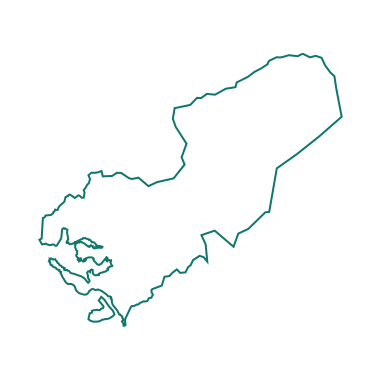 Nordreisa nor, Troms, Norway (orthographic projection), rotated 264°
{"feature_id": "86288312B71509568732439", "entity_name": "Nordreisa nor", "entity_type": "district", "adm_level": 2, "iso_a3": "NOR", "parent_name": "Norway", "parent_adm1": "Troms", "projection": "orthographic", "projection_center": [21.218, 69.528], "detail": "fine", "context": "isolated", "style": "outline", "palette": "teal", "viewbox_px": 384, "rotation_deg": 264, "n_neighbors": 0, "source": "geoboundaries", "source_scale": "gbopen_adm2", "svg_char_len": 5733}
<svg xmlns="http://www.w3.org/2000/svg" viewBox="0 0 384 384"><g transform="rotate(264 192 192)"><path d="M285.1,206.8L278.8,199.4L277.2,183.5L266.8,180.6L258.5,182.6L240.6,191.6L227.6,185.3L220.1,187.5L207.5,175.2L205.5,158.3L202.4,149.3L211.9,140.2L211.2,133.8L212.4,130.7L218.4,123.5L218.9,119.2L216.3,114.2L216.9,104.9L222.3,104.2L221.4,100.2L221.2,97.7L221.7,94.1L219.5,90.8L215.5,91.9L211.6,90.4L210.2,88.6L206.8,86.1L205.2,84.5L202.7,85.1L197.8,83.8L197.7,82.3L197.9,81.6L199.9,80.0L200.6,78.7L198.6,75.4L198.4,74.6L200.7,72.3L202.3,69.9L201.8,68.9L200.7,68.0L200.8,67.0L200.0,66.1L200.1,65.7L195.7,64.0L192.0,58.9L190.5,57.6L188.3,56.6L188.2,56.3L188.4,54.9L188.8,54.1L187.0,53.1L186.5,52.0L185.4,51.7L185.0,50.7L183.9,49.3L183.9,43.8L182.4,43.0L181.7,41.7L181.7,41.0L161.4,37.6L160.5,35.3L155.6,37.3L155.5,37.5L155.8,38.3L155.6,39.5L155.7,40.4L156.0,41.0L155.8,41.7L155.0,42.4L154.1,44.9L153.9,45.8L154.5,48.2L154.1,49.2L152.8,50.5L152.7,51.5L152.9,51.9L158.7,56.5L160.5,57.3L168.4,58.9L169.4,60.2L169.4,60.7L169.0,61.5L168.9,61.2L168.8,61.4L169.1,61.7L169.0,62.3L167.4,64.1L164.7,63.5L158.2,64.0L156.5,62.9L155.7,63.1L155.9,62.7L155.8,62.3L154.8,62.0L154.2,62.4L154.3,62.9L155.0,63.5L152.9,64.7L152.8,65.6L153.1,66.7L153.0,67.5L153.4,68.7L153.1,69.1L153.1,69.4L153.6,69.4L154.5,70.4L154.5,71.5L156.5,76.5L156.6,77.8L157.6,79.0L157.2,79.7L157.4,81.1L156.6,82.0L156.1,83.6L155.2,84.4L155.5,84.9L154.8,85.9L152.4,87.2L152.7,87.9L152.1,89.2L150.8,90.5L148.8,91.3L149.0,91.4L148.1,93.1L148.0,94.4L147.4,95.5L147.4,96.3L146.7,97.2L146.3,96.8L146.5,96.7L146.0,96.2L146.1,94.8L146.6,93.7L146.3,93.3L146.6,92.5L146.3,91.7L146.4,91.2L146.1,90.8L146.4,89.7L146.1,89.2L146.6,88.7L147.0,88.9L146.7,88.1L147.4,87.6L148.3,87.6L148.1,87.3L149.3,86.4L149.2,86.1L149.5,85.7L148.6,84.8L148.8,84.5L148.3,84.3L148.6,83.9L148.4,83.7L148.4,83.4L152.5,79.0L153.4,77.1L154.0,76.8L154.1,76.4L153.5,74.1L153.9,73.2L154.1,72.0L153.6,70.6L153.3,70.5L153.5,71.9L153.2,72.0L152.5,70.7L149.3,70.0L146.0,70.8L145.4,71.7L142.1,71.2L141.4,70.2L140.6,70.2L139.6,70.6L137.3,73.1L137.2,73.4L137.6,73.7L137.7,74.5L137.3,74.6L137.0,74.4L137.2,74.0L137.1,73.5L136.6,73.2L137.0,72.7L137.2,71.7L136.6,71.8L136.4,71.4L136.2,71.6L136.5,71.9L136.3,72.3L135.4,72.5L135.5,72.9L134.8,72.7L134.9,73.2L136.1,73.4L136.3,74.1L135.9,75.0L134.5,76.0L134.2,76.5L134.3,77.6L134.7,78.6L135.4,79.2L135.7,78.7L135.6,77.5L136.3,77.6L136.5,77.9L136.1,79.4L137.2,79.8L137.8,82.3L137.6,83.2L137.6,84.9L137.2,86.0L136.3,87.1L135.7,87.4L135.2,86.8L133.8,87.2L132.3,88.7L130.4,89.8L129.5,91.0L129.2,92.2L129.7,92.7L129.8,93.8L130.0,94.1L136.1,100.2L135.1,101.1L134.0,100.3L133.9,99.3L132.3,100.0L131.9,100.4L133.0,101.8L133.0,102.7L132.4,103.9L132.5,104.4L131.8,104.4L130.9,103.4L127.0,104.7L127.4,105.6L126.5,104.7L126.5,104.1L126.7,104.4L126.6,104.1L126.7,103.9L126.2,102.1L124.9,100.7L125.6,100.7L124.5,100.5L124.3,99.8L123.9,99.8L123.9,100.5L123.0,100.2L123.6,100.1L122.9,99.8L122.9,99.2L121.8,97.3L121.7,95.3L121.3,94.8L121.1,92.5L120.3,90.9L119.2,90.8L119.1,90.4L119.6,89.3L119.1,88.3L119.2,87.3L120.1,85.7L121.6,84.9L124.7,85.1L125.2,84.6L125.3,84.0L125.0,83.7L125.0,83.0L124.5,82.8L124.3,82.2L123.1,82.2L123.8,81.4L123.9,80.3L122.8,79.3L119.3,79.8L117.7,79.5L114.8,80.8L113.8,80.7L112.6,79.4L112.7,79.0L117.5,75.9L119.8,72.9L121.5,69.0L122.9,66.5L123.4,64.5L124.2,62.8L126.2,61.5L127.1,59.7L127.6,59.7L127.7,59.4L127.4,58.5L127.6,57.7L128.4,57.1L128.1,56.8L129.2,56.5L129.7,57.3L130.7,55.8L130.9,54.8L132.1,54.4L133.2,52.5L134.7,52.0L135.9,50.6L136.8,50.6L138.1,49.5L139.3,49.0L139.1,48.6L139.4,47.5L139.4,46.7L139.8,46.6L140.7,44.8L140.6,44.1L140.1,44.0L140.3,43.7L139.7,43.8L139.1,42.8L137.8,43.2L137.6,42.7L136.9,43.4L134.9,43.6L134.8,44.0L134.0,44.2L133.6,45.5L132.9,45.4L132.1,46.1L131.6,46.7L131.3,48.1L130.3,49.1L129.7,49.1L129.0,50.0L128.7,50.7L128.7,51.4L128.3,52.1L127.1,51.7L126.3,52.5L126.4,53.2L126.2,53.4L124.6,52.9L124.2,53.4L121.7,54.0L115.4,57.0L113.5,58.9L113.5,59.7L113.1,62.6L111.5,64.8L109.7,65.7L106.7,66.3L105.4,67.1L103.1,69.3L101.1,74.2L101.1,75.9L102.2,78.1L104.2,79.3L104.6,80.3L105.9,82.2L105.8,83.7L104.6,85.5L104.6,87.1L104.9,87.7L104.8,88.5L102.9,92.0L98.8,96.5L97.3,97.5L96.4,100.1L96.0,100.5L94.9,100.0L94.3,100.2L94.3,100.7L93.9,100.7L93.8,101.3L93.7,100.6L92.9,101.1L91.1,100.7L88.1,101.4L81.8,105.4L77.8,106.8L77.5,107.3L77.6,107.8L76.3,108.7L75.8,109.4L73.9,109.6L73.7,110.0L72.9,110.3L71.9,110.2L70.8,109.6L70.7,109.3L71.2,109.3L70.5,108.8L68.8,109.9L66.4,110.0L66.5,110.2L66.1,110.8L66.5,111.9L71.1,112.0L73.2,112.6L84.2,119.3L84.9,120.4L84.7,121.1L84.7,122.5L85.9,125.5L85.7,126.4L85.8,127.1L87.1,128.4L87.6,130.6L88.3,132.0L88.4,132.8L88.1,133.4L88.0,134.9L88.3,136.2L90.9,138.0L91.1,140.4L94.0,142.4L96.5,141.3L98.9,141.5L99.6,142.5L102.1,152.2L110.6,155.8L110.8,160.8L113.8,164.2L116.6,168.8L112.8,171.8L112.8,177.2L117.7,180.3L119.3,182.9L124.2,186.0L127.7,192.9L126.0,196.7L121.2,199.9L138.4,200.1L148.1,196.9L151.2,210.5L133.2,227.6L145.8,233.7L149.4,244.1L164.2,262.9L164.1,266.7L206.7,278.8L218.6,300.1L234.0,324.3L251.2,348.7L279.8,346.3L292.4,345.7L296.3,342.1L303.9,337.7L311.9,334.9L314.5,329.3L313.6,323.4L317.7,316.9L317.6,315.4L316.0,311.4L317.9,302.7L316.6,295.1L316.8,292.1L317.2,290.4L314.5,282.6L312.6,281.0L311.3,280.7L307.6,273.5L305.0,266.8L300.7,259.7L296.3,247.9L291.7,246.2L291.2,236.4L286.4,225.1L288.0,217.0L284.5,210.9L285.1,206.8ZM97.2,90.8L93.8,87.9L87.6,92.0L86.6,91.9L85.8,91.3L85.4,89.3L84.3,88.2L84.1,87.3L84.8,85.2L84.6,84.0L84.7,81.9L84.3,80.1L82.5,79.8L82.2,79.2L82.1,77.6L76.5,75.7L74.7,77.3L73.3,80.4L73.0,84.8L73.2,86.9L74.5,89.6L74.3,90.6L74.7,92.2L74.6,93.8L74.8,95.9L75.4,97.7L77.1,100.7L78.5,102.1L82.2,100.9L87.1,97.4L94.2,93.5L97.2,90.8Z" fill="none" stroke="#0f766e" stroke-width="2"/></g></svg>